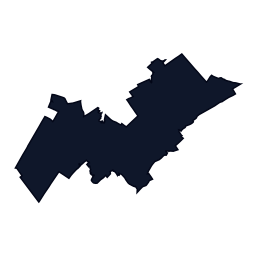 outline of Targu Secuiesc, Covasna, Romania
{"feature_id": "2599482B4522820448133", "entity_name": "Targu Secuiesc", "entity_type": "district", "adm_level": 2, "iso_a3": "ROU", "parent_name": "Romania", "parent_adm1": "Covasna", "projection": "orthographic", "projection_center": [26.171, 46.007], "detail": "fine", "context": "isolated", "style": "filled", "palette": "ink", "viewbox_px": 256, "rotation_deg": 0, "n_neighbors": 0, "source": "geoboundaries", "source_scale": "gbopen_adm2", "svg_char_len": 5618}
<svg xmlns="http://www.w3.org/2000/svg" viewBox="0 0 256 256"><path d="M149.0,174.1L148.8,173.6L147.4,173.8L148.3,171.3L148.8,170.4L151.3,166.0L152.4,164.4L154.9,161.4L155.0,161.5L159.3,159.6L161.3,158.0L163.0,156.2L164.2,155.2L165.2,155.1L166.3,155.1L167.4,153.0L167.1,152.9L166.2,151.9L165.8,151.5L165.9,150.9L167.0,150.9L168.9,151.2L170.4,151.0L173.4,151.2L174.8,150.7L177.9,149.7L177.6,149.2L175.3,145.8L180.6,140.9L183.2,138.3L181.1,136.7L181.5,136.1L181.9,135.7L181.7,135.6L181.3,135.1L179.1,131.8L179.0,131.3L179.2,130.0L179.2,129.8L179.1,129.7L179.3,129.7L180.5,130.5L181.0,131.1L181.8,130.0L183.2,128.6L184.8,127.7L185.3,127.1L185.5,126.8L185.6,126.2L185.9,125.9L189.4,124.6L190.7,124.0L192.0,123.2L192.6,122.6L193.0,122.4L193.2,121.9L193.2,121.7L193.3,121.6L192.8,120.5L194.7,119.3L196.1,118.2L196.4,117.7L197.1,116.3L197.3,116.0L197.8,115.6L198.5,115.1L198.7,114.8L214.7,105.8L219.2,102.7L220.6,102.0L221.4,101.8L221.8,101.8L222.1,101.6L225.6,99.3L229.5,96.9L229.5,97.0L232.9,95.4L235.4,93.9L232.5,88.9L240.6,84.0L240.1,84.0L235.9,82.9L233.0,82.6L229.7,81.4L227.8,81.0L226.1,80.5L223.5,79.3L223.7,79.2L223.1,79.0L222.4,78.7L221.5,77.9L221.0,77.8L220.0,77.9L219.0,78.3L218.3,78.4L217.7,78.2L213.5,76.5L212.8,76.1L211.6,75.3L210.8,76.1L210.2,76.8L207.9,80.5L207.3,81.3L206.4,82.1L203.4,78.7L200.8,75.8L197.9,72.4L194.7,68.9L181.8,54.0L178.5,56.4L175.7,58.2L164.9,65.8L163.3,63.5L162.7,62.9L163.6,61.9L165.4,59.9L165.0,59.9L164.3,60.5L163.1,61.0L161.7,61.0L160.2,60.5L158.8,59.3L158.2,58.9L157.6,58.9L157.4,58.7L152.7,62.0L151.5,62.2L151.5,62.3L151.9,62.5L152.7,62.7L147.7,67.3L149.5,68.9L153.7,72.4L152.8,72.9L152.8,73.1L153.1,73.7L152.9,74.3L152.7,74.6L152.4,74.9L152.2,75.3L151.7,75.5L151.4,76.3L151.4,76.6L151.7,77.1L151.8,77.6L151.4,79.2L151.7,81.3L151.7,81.5L151.5,81.9L151.6,82.5L151.4,82.7L150.9,82.4L150.5,81.9L150.4,81.6L150.4,81.4L150.1,80.7L149.3,79.4L137.7,84.6L138.7,86.5L129.7,91.9L130.4,92.9L133.1,96.5L130.9,97.8L128.7,98.6L126.8,99.7L128.0,101.3L131.1,106.1L132.6,108.1L135.3,112.1L138.0,115.9L126.3,126.9L123.7,125.1L121.8,123.6L121.0,125.0L118.7,123.9L116.1,122.3L113.2,121.2L112.1,120.6L110.6,119.5L105.5,114.8L105.3,115.7L104.9,117.6L104.5,119.5L104.5,119.8L104.7,120.1L104.9,120.8L104.8,121.3L104.6,121.3L104.4,121.7L104.5,122.2L104.3,122.4L104.0,122.6L104.1,122.9L103.9,123.1L103.6,123.1L103.1,122.8L102.7,122.3L102.7,121.7L102.7,121.3L102.7,121.1L102.4,121.0L102.1,121.2L102.1,121.3L102.5,121.7L102.5,121.9L102.4,122.0L102.2,122.3L101.7,122.8L101.2,122.8L101.2,122.7L101.1,122.4L101.1,122.0L101.2,121.7L101.2,121.4L100.5,121.6L99.9,121.3L99.2,121.1L99.0,120.9L98.9,120.4L99.2,119.6L99.6,119.4L100.1,118.8L100.6,118.5L100.7,118.3L100.5,117.6L100.5,117.3L100.6,117.0L101.1,116.7L100.7,116.1L100.5,115.4L100.7,115.1L101.1,115.0L101.1,114.9L100.9,114.6L101.0,113.6L101.5,113.1L101.9,112.9L101.9,112.7L101.2,113.2L100.6,112.9L100.4,113.0L100.2,113.1L99.9,113.2L99.5,113.0L98.8,112.8L98.5,112.6L98.2,112.1L98.5,111.8L99.2,111.5L99.4,111.3L99.4,111.0L99.7,110.9L99.7,110.7L99.0,110.5L98.5,110.4L98.1,110.2L97.9,109.6L98.1,109.3L98.2,109.0L98.5,108.8L98.7,108.2L98.3,107.9L97.8,107.6L88.7,113.8L87.1,114.7L86.8,115.0L86.7,115.0L83.7,116.5L83.8,115.5L83.8,114.2L83.7,113.0L83.3,111.9L82.6,110.8L82.2,110.0L81.8,109.2L81.7,108.6L81.0,105.3L80.6,102.5L80.5,101.8L80.6,100.8L73.0,103.1L67.5,103.8L66.0,101.0L64.9,98.7L64.5,98.3L64.0,97.9L62.4,97.3L55.3,95.0L53.9,94.7L52.1,94.5L50.9,100.2L51.4,100.5L52.0,100.6L52.3,101.0L52.4,101.4L52.1,101.2L51.6,101.3L51.2,101.1L50.9,101.3L48.5,107.1L52.9,109.0L53.3,109.2L53.5,109.4L54.6,109.7L55.1,110.0L56.0,110.4L56.3,110.6L56.6,110.9L56.8,110.9L57.1,110.8L58.0,111.4L58.6,111.3L58.7,111.5L53.2,121.1L52.8,121.5L50.5,119.4L49.9,119.0L46.6,117.3L44.9,116.6L44.8,116.8L41.5,122.4L39.2,126.5L27.8,146.1L27.7,146.3L27.7,146.5L26.5,148.7L22.9,154.7L15.4,168.0L16.6,168.2L17.1,168.6L22.1,175.8L20.2,177.2L38.8,202.0L39.2,201.5L44.1,193.7L48.7,187.0L51.2,183.0L51.3,182.9L58.9,171.7L63.4,174.6L68.9,178.3L71.1,175.2L73.1,172.9L76.5,169.3L76.6,169.2L77.7,168.5L79.9,166.2L79.7,166.0L79.4,165.3L79.0,164.0L79.5,163.8L80.2,165.6L83.3,162.9L83.2,162.8L85.5,161.0L86.3,160.2L87.1,161.1L87.6,161.4L88.5,161.7L88.9,162.0L89.3,162.7L88.7,162.9L87.5,163.4L87.5,164.2L86.9,164.6L87.1,164.8L87.7,165.4L88.7,166.8L89.7,166.1L89.8,166.3L89.9,166.7L89.9,167.4L90.2,168.6L90.6,169.2L90.6,169.5L90.3,170.4L90.0,170.8L90.0,171.0L90.2,171.3L90.2,172.0L90.3,172.2L90.8,172.5L91.1,172.8L90.8,172.9L90.4,173.2L90.4,173.4L90.7,173.9L91.7,174.8L92.1,175.1L92.7,175.2L93.9,175.0L94.1,175.1L94.1,175.4L93.9,175.7L93.2,175.9L93.0,176.1L92.8,176.4L92.9,177.0L92.8,177.4L92.4,177.8L92.1,178.3L91.5,179.6L91.4,180.3L91.5,180.6L91.9,181.2L92.3,181.7L93.4,182.8L93.6,182.9L93.9,183.0L95.8,183.3L97.2,183.1L101.4,178.9L101.5,179.1L103.3,177.8L105.8,175.3L106.4,176.2L107.2,177.3L110.4,173.8L110.3,172.9L110.2,172.1L110.1,171.6L112.7,170.2L112.7,170.4L113.3,171.2L114.1,171.2L114.5,171.4L115.5,172.4L115.9,172.9L116.2,173.3L116.5,173.7L116.8,174.3L117.0,174.5L117.2,174.9L117.3,175.1L117.4,174.7L117.5,174.6L117.9,174.6L118.0,174.8L118.4,175.2L118.9,175.1L119.1,175.2L119.3,174.9L118.8,174.0L118.9,173.6L118.9,173.4L119.2,173.6L119.9,173.8L120.4,173.8L121.7,174.5L122.2,174.9L122.7,175.6L123.2,176.0L123.8,176.7L124.6,177.6L125.2,178.5L125.7,179.5L126.1,180.1L127.4,181.9L128.1,182.9L129.0,183.7L129.6,184.2L129.8,184.2L131.6,185.2L133.5,186.2L134.7,186.6L135.2,186.3L135.3,186.3L137.3,189.1L137.1,192.5L140.4,188.9L142.4,186.9L143.1,186.5L145.9,185.5L146.5,184.9L148.4,182.3L149.3,180.6L149.9,180.3L152.5,179.2L150.9,176.7L149.0,174.1Z" fill="#0f172a" stroke="#020617" stroke-width="1.5"/></svg>